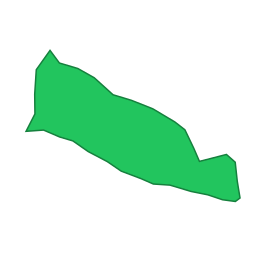 outline of Saranti, Nicosia, Cyprus, rotated 262°
{"feature_id": "46923920B86385656004858", "entity_name": "Saranti", "entity_type": "district", "adm_level": 2, "iso_a3": "CYP", "parent_name": "Cyprus", "parent_adm1": "Nicosia", "projection": "equal_earth", "projection_center": [33.004, 34.977], "detail": "fine", "context": "isolated", "style": "filled", "palette": "green", "viewbox_px": 256, "rotation_deg": 262, "n_neighbors": 0, "source": "geoboundaries", "source_scale": "gbopen_adm2", "svg_char_len": 551}
<svg xmlns="http://www.w3.org/2000/svg" viewBox="0 0 256 256"><g transform="rotate(262 128 128)"><path d="M88.1,221.8L85.0,194.1L98.8,190.3L118.3,184.1L127.4,175.3L143.5,155.3L154.9,135.3L163.0,117.8L182.4,101.6L193.9,86.6L201.9,69.1L215.7,61.6L198.5,45.3L174.4,40.3L154.9,37.8L138.9,26.6L137.7,44.1L128.6,59.1L122.9,71.6L110.2,85.3L97.6,102.8L86.2,115.3L75.9,134.1L69.0,145.3L65.6,161.6L56.4,181.6L50.7,197.8L43.8,211.6L40.3,224.1L43.1,229.2L55.0,228.9L60.3,228.8L79.2,229.4L88.1,221.8Z" fill="#22c55e" stroke="#15803d" stroke-width="1.5"/></g></svg>